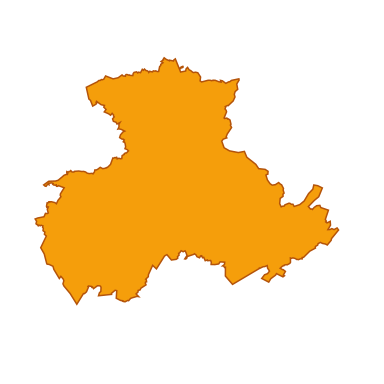 outline of Moate Lea-4, Westmeath, Ireland, rotated 99°
{"feature_id": "5873133B47178775343132", "entity_name": "Moate Lea-4", "entity_type": "district", "adm_level": 2, "iso_a3": "IRL", "parent_name": "Ireland", "parent_adm1": "Westmeath", "projection": "mercator", "projection_center": [-7.571, 53.503], "detail": "fine", "context": "isolated", "style": "filled", "palette": "amber", "viewbox_px": 384, "rotation_deg": 99, "n_neighbors": 0, "source": "geoboundaries", "source_scale": "gbopen_adm2", "svg_char_len": 5984}
<svg xmlns="http://www.w3.org/2000/svg" viewBox="0 0 384 384"><g transform="rotate(99 192 192)"><path d="M243.2,342.7L245.2,340.9L247.8,341.1L248.4,340.2L248.3,339.4L249.4,338.8L249.5,338.4L248.7,337.7L249.1,336.6L248.4,335.8L248.8,333.9L250.1,334.1L251.0,333.2L253.5,333.1L254.6,331.0L256.8,331.2L258.3,329.0L270.7,332.7L276.2,328.3L285.2,324.4L285.9,323.9L285.9,321.7L287.1,317.7L290.1,316.3L298.2,309.5L295.8,308.3L298.0,305.7L299.7,304.7L302.9,305.1L304.9,303.8L311.3,296.5L320.9,288.2L309.3,283.3L309.2,282.3L307.1,280.6L302.2,279.4L301.5,280.0L301.0,279.4L301.0,276.3L301.8,276.0L301.5,275.3L302.9,274.2L299.4,270.7L299.1,268.6L299.4,267.6L300.5,266.9L304.4,266.5L306.1,267.7L309.1,268.1L305.7,255.4L304.7,255.7L301.1,252.6L301.2,250.9L308.8,250.2L310.3,245.6L310.2,243.4L310.7,243.5L310.9,242.7L310.9,240.9L309.2,238.6L309.3,237.6L306.7,236.0L306.0,234.8L303.7,230.0L303.7,228.3L301.4,231.3L299.3,229.7L297.6,229.8L296.9,228.0L295.0,227.4L290.9,222.9L289.3,223.9L288.2,223.8L287.8,222.8L285.8,223.4L285.4,224.1L282.5,221.9L280.4,222.1L270.6,219.4L273.5,215.1L259.5,209.1L257.8,207.0L262.4,201.7L261.0,197.1L259.6,195.7L258.1,196.2L256.4,194.9L254.7,195.6L254.2,194.8L251.7,193.5L252.4,191.4L251.2,189.7L252.4,188.7L255.5,187.0L259.2,188.7L259.2,187.8L258.4,186.9L256.5,186.6L253.3,180.5L252.6,179.9L253.7,178.0L255.1,177.0L255.8,174.3L254.5,173.8L254.2,173.1L253.7,173.4L253.4,172.5L255.3,171.3L254.7,170.2L257.8,168.2L256.7,166.1L257.4,165.7L256.7,162.9L258.2,162.0L260.6,161.8L260.1,158.0L258.9,154.4L256.6,153.3L256.2,148.7L258.5,148.6L260.2,150.2L260.1,149.2L261.5,148.0L261.1,147.2L269.8,145.9L276.9,137.5L257.5,114.1L256.7,113.7L257.0,113.4L254.7,110.1L254.3,108.5L252.9,106.2L255.3,105.5L258.0,103.1L260.8,104.6L262.4,107.4L266.5,109.6L269.0,102.1L265.3,100.6L261.0,96.4L259.4,95.8L261.6,88.9L260.3,87.6L259.8,88.8L255.8,87.3L254.4,89.8L254.5,90.4L253.5,93.0L251.0,91.0L250.3,89.5L249.7,89.4L249.0,87.4L249.1,86.7L247.2,84.2L246.0,83.7L241.8,84.5L242.0,83.4L241.3,82.1L241.5,79.8L242.3,77.8L242.0,77.0L242.2,76.3L241.0,74.4L240.8,72.7L239.5,73.0L239.1,71.6L232.0,66.4L228.1,61.3L227.1,61.7L226.2,61.3L224.9,59.6L223.3,59.4L221.7,57.4L222.4,55.0L222.5,52.1L223.2,50.1L218.0,47.0L216.2,46.9L206.6,41.3L204.8,43.1L206.9,45.8L206.3,48.2L207.5,49.9L207.9,51.9L203.1,50.0L199.3,50.9L201.4,53.8L200.6,55.3L199.8,54.8L198.2,56.0L188.6,54.4L187.2,62.4L185.2,63.6L186.0,66.7L188.1,68.9L190.4,70.3L190.0,70.9L190.3,72.3L188.2,74.8L181.1,69.8L176.9,66.1L167.6,63.9L166.1,68.8L166.0,72.8L170.3,73.1L175.3,76.6L183.3,79.8L187.6,83.6L190.3,88.8L188.3,90.4L188.6,92.0L187.9,93.4L187.9,94.5L190.1,98.2L191.5,98.8L191.9,100.4L192.7,101.6L189.8,103.6L184.5,103.9L182.1,101.4L179.9,101.8L178.7,100.9L175.7,102.3L174.2,102.2L170.8,104.7L170.5,105.8L169.1,107.9L171.7,110.8L172.7,113.8L171.6,116.2L168.3,119.4L163.8,121.6L163.2,121.3L162.6,119.9L159.7,120.1L158.2,123.3L158.5,129.8L154.7,133.3L149.1,143.3L143.7,146.6L145.8,152.4L145.5,161.4L143.3,167.2L137.1,170.6L134.9,169.4L133.1,166.1L132.3,166.9L129.3,166.3L122.1,163.0L119.9,164.6L119.0,164.1L115.0,165.7L114.1,167.5L114.4,168.0L113.5,169.1L114.3,171.4L113.9,171.9L107.4,170.4L105.9,171.1L104.8,172.4L103.0,172.0L102.4,172.5L101.0,170.4L101.1,169.8L95.7,165.6L91.4,164.4L88.9,165.5L86.1,165.1L83.4,162.9L78.3,164.7L74.1,163.0L72.9,163.4L75.6,170.5L77.2,172.0L77.5,173.1L79.4,175.6L77.4,179.4L77.3,181.3L78.9,180.5L78.9,182.7L78.0,186.9L78.5,188.0L78.2,188.6L79.0,189.8L78.8,191.5L79.1,193.5L81.8,199.7L81.0,201.4L77.1,201.5L73.3,204.9L73.1,207.2L73.8,209.2L73.6,210.1L72.2,212.4L71.9,213.8L69.6,215.9L71.3,217.1L73.5,217.2L75.3,222.0L71.9,224.0L71.9,222.5L71.0,222.1L70.6,220.7L69.9,220.3L69.3,220.7L70.3,222.4L71.1,222.7L71.8,224.1L63.1,229.3L64.3,230.5L65.5,230.8L65.3,234.8L65.9,234.8L65.1,238.1L63.8,240.5L65.6,241.3L65.9,240.9L68.0,243.0L68.9,240.9L70.8,242.8L72.0,242.7L73.2,243.6L78.2,243.8L78.5,245.2L78.0,246.8L78.4,247.2L78.4,249.2L79.5,249.7L79.6,251.7L79.3,252.5L80.7,253.4L79.8,254.0L79.2,255.4L79.3,256.4L78.0,258.2L79.4,259.1L78.6,260.3L82.2,261.5L82.0,263.5L82.9,264.2L82.0,265.5L82.9,267.9L84.1,268.6L86.3,268.7L86.5,271.8L86.2,272.3L86.5,272.6L86.1,274.6L86.3,275.5L87.3,276.1L88.1,275.9L88.2,278.1L87.3,279.4L90.7,282.8L92.6,287.6L90.9,295.5L94.4,296.8L95.2,298.2L95.1,299.2L96.1,299.9L96.4,301.4L98.1,302.9L105.1,312.8L116.3,308.4L117.4,306.6L122.7,303.5L120.3,300.6L119.1,300.0L118.7,300.1L118.6,300.7L117.4,300.5L120.0,295.4L120.2,292.0L122.0,292.4L123.9,289.8L126.6,291.2L127.8,286.6L128.9,284.4L126.8,283.2L128.2,281.5L129.1,281.5L130.0,280.6L132.2,281.9L134.5,280.7L135.0,277.9L136.6,276.7L134.6,274.0L136.6,274.8L139.1,274.3L141.4,275.0L141.1,274.3L141.2,271.8L142.4,268.0L143.4,269.5L146.8,271.6L149.6,272.0L150.7,269.5L150.6,268.0L151.2,267.0L152.9,267.8L153.3,267.6L152.8,267.0L153.2,266.5L154.7,265.6L157.8,264.6L159.7,265.0L160.2,262.8L161.3,261.2L163.7,262.8L163.9,264.0L165.0,265.0L165.5,264.8L166.9,266.7L170.0,266.6L170.4,268.0L170.1,268.6L170.3,270.0L171.0,271.1L169.5,271.8L169.5,272.2L170.2,272.9L170.1,273.8L170.9,274.8L170.8,275.5L177.5,276.8L180.7,279.2L181.5,280.1L181.3,280.4L182.1,281.4L182.9,283.8L182.0,286.5L184.4,288.8L185.2,290.0L185.4,291.4L187.5,291.5L189.6,292.6L189.2,293.6L189.9,296.3L189.8,298.5L188.9,300.2L188.6,302.2L189.0,304.1L189.0,307.1L190.0,311.4L190.7,311.7L191.0,313.6L189.8,315.1L190.9,315.8L190.9,316.6L191.8,317.4L191.4,318.8L192.7,318.7L193.4,317.6L194.2,317.9L194.1,318.5L195.4,320.9L201.3,326.0L202.5,328.4L203.8,335.2L208.2,339.6L209.2,338.0L209.2,337.0L206.8,335.7L207.2,334.4L205.8,334.8L205.0,332.1L205.3,330.5L206.1,330.8L206.7,329.8L206.7,328.0L206.2,327.2L207.6,326.7L207.4,325.5L206.6,325.0L207.8,318.9L214.5,321.7L215.9,321.6L217.2,320.7L221.1,323.0L224.8,324.1L223.9,325.8L223.6,329.4L223.8,330.4L224.3,330.8L223.9,331.3L224.0,331.9L225.4,332.7L225.4,333.4L228.9,333.5L229.7,333.1L229.2,332.7L229.2,331.6L231.9,332.2L235.2,330.7L236.0,331.7L236.0,333.4L239.6,334.3L241.8,340.3L243.2,342.7Z" fill="#f59e0b" stroke="#b45309" stroke-width="1.5"/></g></svg>